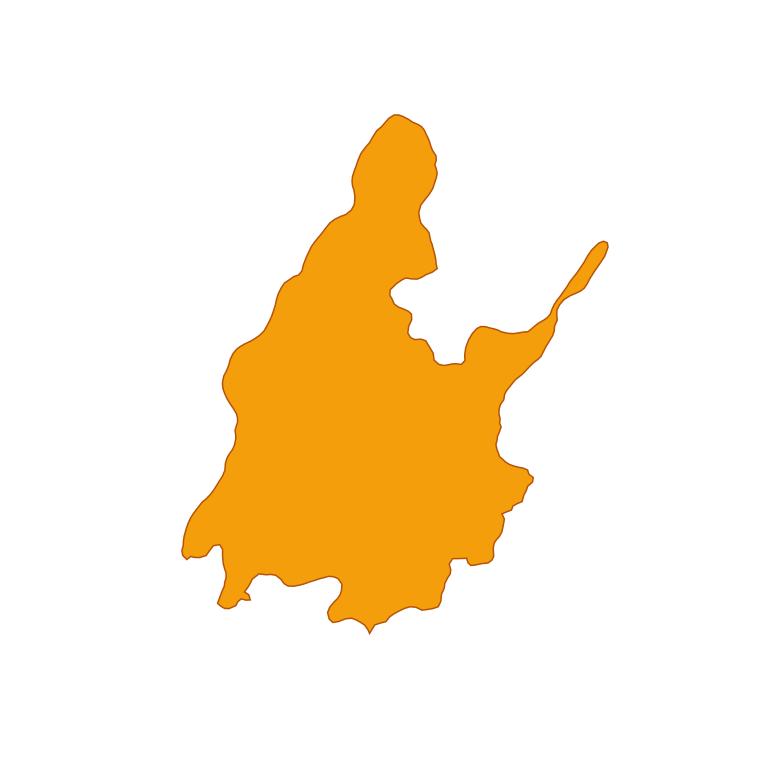 Veredinha, Minas Gerais, Brazil, rotated 234°
{"feature_id": "56859067B69481295032755", "entity_name": "Veredinha", "entity_type": "district", "adm_level": 2, "iso_a3": "BRA", "parent_name": "Brazil", "parent_adm1": "Minas Gerais", "projection": "natural_earth1", "projection_center": [-42.725, -17.51], "detail": "fine", "context": "isolated", "style": "filled", "palette": "amber", "viewbox_px": 768, "rotation_deg": 234, "n_neighbors": 0, "source": "geoboundaries", "source_scale": "gbopen_adm2", "svg_char_len": 4767}
<svg xmlns="http://www.w3.org/2000/svg" viewBox="0 0 768 768"><g transform="rotate(234 384 384)"><path d="M524.2,362.8L522.3,357.6L519.1,351.5L515.7,346.9L512.0,342.8L508.2,337.7L504.9,333.0L502.2,328.2L500.2,324.3L497.4,318.0L496.5,312.2L496.6,305.9L497.1,301.1L498.3,294.9L498.9,289.4L498.7,285.1L497.4,279.9L494.4,274.2L490.6,269.6L487.5,264.8L484.6,259.0L479.6,253.7L474.9,251.0L469.9,249.5L464.9,248.5L460.4,248.0L455.9,247.8L451.5,247.6L446.5,247.1L443.0,245.7L439.2,243.2L436.8,239.8L434.1,236.3L430.8,234.5L427.2,232.3L422.9,227.7L420.1,223.2L418.5,218.1L416.5,213.6L413.0,209.0L407.8,204.7L404.2,198.8L402.6,194.4L400.6,189.7L398.4,184.2L396.6,178.3L395.5,171.9L395.3,167.4L393.9,162.6L392.3,157.1L391.0,153.0L389.5,149.2L386.7,144.1L382.9,138.6L378.8,133.4L374.9,129.5L371.2,126.5L368.2,122.7L363.7,120.4L357.9,121.3L358.1,126.2L355.0,128.8L351.9,132.9L349.8,139.3L351.9,145.5L353.5,150.9L350.7,156.6L345.1,156.2L339.7,152.3L336.4,150.3L332.8,148.2L328.0,146.4L323.7,145.0L319.8,142.1L317.3,138.7L314.4,136.1L311.7,131.4L307.6,125.2L304.3,120.4L300.1,121.4L296.2,123.1L293.4,126.5L291.8,133.9L293.7,137.5L294.1,142.2L290.2,145.4L287.9,148.9L293.1,150.7L297.8,148.9L299.5,154.3L301.6,159.1L303.6,162.7L303.9,171.3L299.2,176.2L296.2,180.8L292.9,184.0L286.7,185.8L281.3,185.8L276.9,187.7L273.6,191.9L271.3,196.6L269.3,201.7L267.4,208.1L265.6,213.2L264.4,217.2L262.6,221.6L261.1,225.9L257.7,230.0L253.4,232.5L246.9,232.3L241.9,228.2L239.4,224.7L237.8,220.6L236.9,215.0L235.3,208.8L232.2,204.0L226.0,201.5L221.2,202.4L218.5,207.7L216.6,215.0L213.5,220.2L209.7,222.7L205.5,224.7L200.5,226.6L194.7,226.6L190.6,225.7L192.6,230.2L194.5,235.0L192.9,240.0L190.6,245.9L192.3,251.4L192.3,256.0L191.7,261.3L190.5,268.3L188.5,274.1L184.7,278.6L178.7,281.8L175.9,286.9L173.7,291.3L171.9,297.0L174.8,302.2L180.2,307.0L183.5,312.8L187.0,316.1L189.7,321.4L191.4,325.9L194.5,328.8L200.0,330.9L202.4,336.8L199.1,341.4L196.6,345.1L194.5,348.4L190.1,346.9L186.2,347.5L183.9,351.4L181.2,357.6L178.1,362.8L178.1,367.8L180.1,371.5L183.5,373.6L187.4,376.2L190.5,379.7L192.0,383.5L192.8,387.6L195.1,392.5L200.0,397.9L204.0,402.0L209.6,403.1L208.4,408.4L207.1,413.0L209.5,416.6L208.9,421.6L207.7,426.6L212.0,431.9L213.9,436.1L216.8,440.1L217.4,446.6L220.6,449.8L225.7,448.2L230.1,449.6L234.2,447.1L237.4,444.1L240.6,441.4L245.0,438.3L249.7,436.4L253.7,435.7L257.2,434.8L261.2,436.0L265.3,437.1L269.4,439.1L272.1,442.5L275.0,445.1L277.1,448.7L280.4,453.5L284.4,454.6L287.5,457.4L292.6,459.6L296.4,462.8L299.0,466.2L300.9,471.7L304.8,475.6L306.7,479.6L308.2,485.1L310.2,492.4L310.6,501.1L311.3,505.7L312.5,511.8L313.4,518.2L313.4,522.3L314.0,527.1L316.8,532.6L319.1,537.1L321.6,543.2L323.9,548.7L326.8,552.9L330.5,556.0L333.9,561.7L338.8,564.7L342.4,567.6L345.0,572.9L346.5,579.2L346.0,586.8L344.6,592.5L343.7,597.5L343.8,602.2L345.5,607.0L348.2,612.3L349.8,616.4L351.3,620.1L353.1,625.2L355.4,631.7L357.6,637.6L360.1,641.4L363.2,645.8L367.0,647.6L370.5,645.4L371.7,640.9L371.2,636.4L370.3,630.7L368.0,624.1L364.9,617.5L363.2,612.8L361.7,608.6L360.2,604.5L359.1,600.2L357.4,594.3L355.0,588.8L353.5,584.2L351.3,577.7L350.0,572.9L348.0,567.9L345.5,563.5L342.8,559.6L341.7,555.1L341.8,550.3L342.4,545.3L342.3,540.3L341.9,535.7L341.7,531.2L344.0,527.5L346.3,522.8L348.6,518.4L352.3,513.9L357.1,509.7L361.4,507.4L364.5,504.9L367.6,502.2L370.7,499.8L373.6,496.1L374.3,491.8L373.0,485.4L370.3,479.0L367.2,474.1L364.7,470.8L360.1,466.4L355.4,463.3L354.4,458.1L358.3,453.9L360.4,450.5L362.0,446.7L363.9,443.2L367.8,439.8L373.9,438.6L380.1,441.9L390.2,442.8L394.5,443.2L398.5,440.3L401.8,435.1L405.7,432.8L411.2,433.2L416.3,438.0L419.6,444.1L424.5,447.3L428.7,446.4L432.8,444.1L438.0,440.7L442.8,439.3L448.4,440.5L452.3,440.9L456.6,444.4L457.9,453.5L457.7,459.8L457.0,463.9L452.8,468.1L449.3,472.6L448.2,477.2L447.7,482.4L446.1,488.8L446.1,494.9L450.2,496.6L454.2,499.0L459.4,501.4L464.9,503.4L468.7,505.0L472.4,505.9L475.9,507.5L479.7,509.3L484.0,509.3L487.6,508.7L492.3,508.4L496.7,510.0L502.3,512.9L507.2,519.1L509.2,526.0L511.0,532.3L513.4,538.2L517.2,543.5L520.3,547.8L523.2,550.8L527.5,552.9L531.4,553.9L534.4,557.9L538.1,560.2L544.7,560.6L549.5,561.9L553.4,563.3L557.1,564.2L561.3,564.9L565.8,565.8L570.2,565.6L574.1,564.0L579.1,561.0L583.2,559.6L589.0,556.7L592.8,554.2L595.7,550.3L596.1,543.9L594.6,537.6L593.6,533.2L593.2,527.0L590.4,520.0L587.8,514.3L586.2,507.5L584.1,500.9L580.6,495.0L577.4,490.6L575.2,487.2L573.0,484.0L570.3,480.4L566.7,477.2L562.6,474.9L558.1,473.5L552.4,470.4L546.7,465.6L543.9,459.7L543.5,453.0L545.1,447.2L546.2,440.9L546.1,435.0L544.7,429.6L542.5,422.5L541.4,418.1L539.9,412.1L537.7,405.7L535.2,401.1L532.8,396.7L530.0,392.2L527.7,388.7L523.8,384.2L522.3,379.0L523.9,374.4L524.0,368.2L524.2,362.8Z" fill="#f59e0b" stroke="#b45309" stroke-width="1.5"/></g></svg>